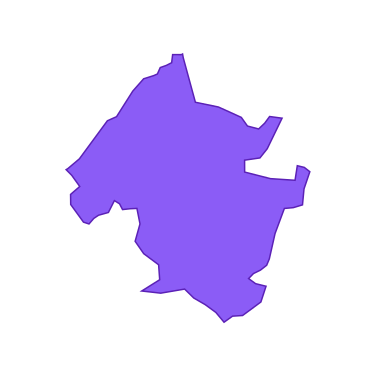 an SVG outline of Hîncesti, rotated 66°
{"feature_id": "MDA-1639", "entity_name": "Hîncesti", "entity_type": "District", "adm_level": 1, "iso_a3": "MDA", "parent_name": "Moldova", "parent_adm1": "", "projection": "natural_earth1", "projection_center": [28.404, 46.831], "detail": "fine", "context": "isolated", "style": "filled", "palette": "violet", "viewbox_px": 384, "rotation_deg": 66, "n_neighbors": 0, "source": "natural_earth", "source_scale": "10m", "svg_char_len": 1058}
<svg xmlns="http://www.w3.org/2000/svg" viewBox="0 0 384 384"><g transform="rotate(66 192 192)"><path d="M69.4,185.9L70.1,179.5L70.1,175.6L65.4,170.4L65.9,164.0L65.6,158.0L58.6,153.8L62.2,145.8L62.1,144.5L65.8,145.4L111.4,152.4L125.1,133.3L143.9,116.6L154.3,114.5L161.5,105.5L158.7,97.6L154.6,90.4L161.2,79.7L183.1,105.7L188.5,116.1L184.3,131.0L195.2,135.8L211.7,114.9L223.2,93.1L210.8,85.1L215.2,79.4L221.4,76.1L234.7,88.4L248.7,96.3L247.5,105.8L244.6,114.3L263.7,133.0L284.6,148.6L289.3,153.6L291.2,161.2L291.5,169.0L294.1,175.5L301.6,171.2L308.2,162.7L320.5,173.8L325.4,196.0L321.9,205.5L324.0,215.7L311.7,219.2L300.2,225.8L289.6,233.5L277.7,238.2L271.7,261.7L262.0,278.2L259.0,257.2L244.9,252.1L228.7,261.2L213.9,264.0L200.0,252.5L184.6,249.0L182.1,255.4L179.8,262.6L173.3,263.0L168.3,266.4L176.7,276.7L175.2,286.9L176.2,292.5L179.3,299.1L175.4,303.4L154.1,307.9L144.8,303.9L141.3,292.3L127.8,295.1L120.4,297.9L120.1,295.8L115.9,281.4L92.5,240.3L92.5,230.3L75.7,205.0L68.9,190.1L69.4,185.9Z" fill="#8b5cf6" stroke="#5b21b6" stroke-width="1.5"/></g></svg>